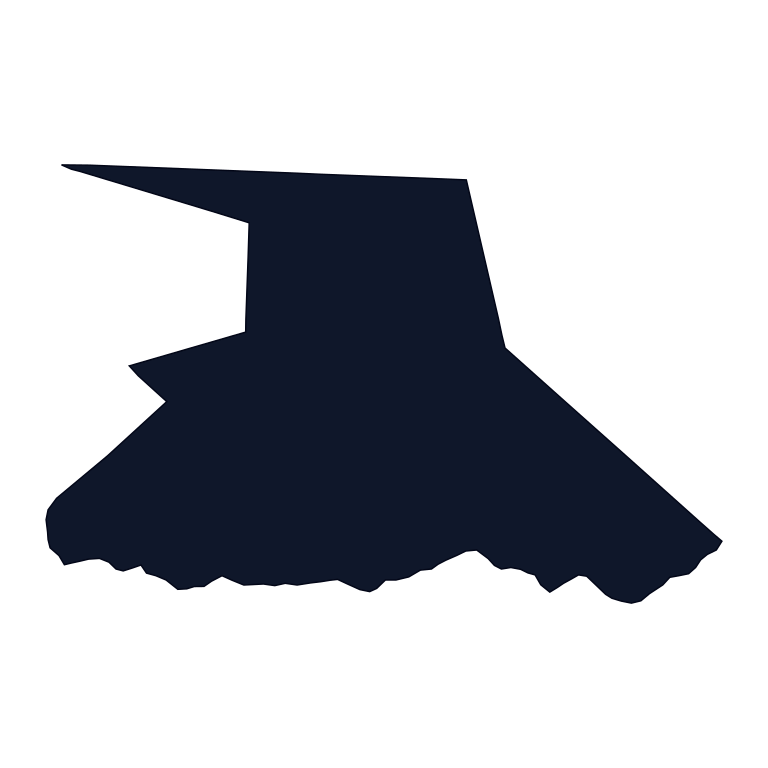 Antas, Bahia, Brazil
{"feature_id": "56859067B87262199303624", "entity_name": "Antas", "entity_type": "district", "adm_level": 2, "iso_a3": "BRA", "parent_name": "Brazil", "parent_adm1": "Bahia", "projection": "albers", "projection_center": [-38.294, -10.395], "detail": "fine", "context": "isolated", "style": "filled", "palette": "ink", "viewbox_px": 768, "rotation_deg": 0, "n_neighbors": 0, "source": "geoboundaries", "source_scale": "gbopen_adm2", "svg_char_len": 1412}
<svg xmlns="http://www.w3.org/2000/svg" viewBox="0 0 768 768"><path d="M721.9,541.2L714.0,534.5L699.2,521.4L679.1,503.4L624.9,454.9L565.6,402.1L505.0,348.0L501.9,335.2L498.3,318.1L466.3,179.9L446.6,179.1L320.8,174.3L296.6,173.2L89.7,165.2L61.5,164.9L71.4,169.2L80.4,171.5L209.4,210.5L249.2,222.8L248.1,257.8L245.9,319.1L245.7,332.1L129.3,365.9L138.3,375.8L155.4,391.3L166.8,401.6L107.7,455.7L56.6,498.3L48.1,509.8L46.1,519.7L47.6,532.1L48.1,539.6L50.1,547.8L59.0,555.6L64.4,564.7L71.5,563.0L79.8,561.2L88.6,559.1L99.5,558.4L109.0,562.2L116.0,569.0L123.2,570.9L132.0,568.1L141.0,565.0L146.5,573.1L155.9,575.7L166.1,580.0L177.8,589.3L186.8,588.8L194.3,586.5L204.0,586.4L211.5,581.2L222.0,575.7L232.0,580.2L243.8,585.0L253.7,584.5L263.4,584.0L274.8,585.6L285.2,583.3L297.1,585.0L310.6,582.9L320.8,581.7L330.3,580.2L337.6,579.4L347.5,584.0L359.9,589.6L369.7,591.6L376.7,588.4L385.4,580.0L395.9,580.0L408.8,576.9L420.4,570.1L431.5,569.0L438.1,564.2L445.8,560.2L456.8,555.4L465.8,551.0L476.7,550.0L488.2,558.6L494.4,565.4L501.4,569.0L510.9,567.5L520.6,569.3L527.9,572.9L535.1,574.9L540.8,584.8L549.8,592.1L557.6,587.3L563.5,583.3L571.0,579.2L578.5,574.9L586.7,576.2L595.7,584.8L605.7,594.4L612.0,598.3L621.4,601.1L631.4,603.1L640.9,600.8L649.4,593.7L662.8,584.9L669.8,577.3L678.8,575.7L688.6,573.7L695.6,567.5L700.6,559.9L707.3,554.4L716.3,550.0L721.9,541.2Z" fill="#0f172a" stroke="#020617" stroke-width="1.5"/></svg>